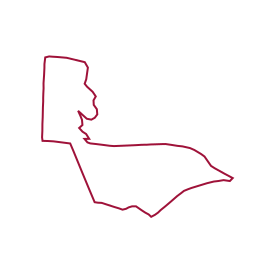 the district of Balneário Pinhal, Rio Grande do Sul, Brazil, rotated 163°
{"feature_id": "56859067B35823111888461", "entity_name": "Balneário Pinhal", "entity_type": "district", "adm_level": 2, "iso_a3": "BRA", "parent_name": "Brazil", "parent_adm1": "Rio Grande do Sul", "projection": "robinson", "projection_center": [-50.295, -30.225], "detail": "fine", "context": "isolated", "style": "outline", "palette": "rose", "viewbox_px": 256, "rotation_deg": 163, "n_neighbors": 0, "source": "geoboundaries", "source_scale": "gbopen_adm2", "svg_char_len": 1415}
<svg xmlns="http://www.w3.org/2000/svg" viewBox="0 0 256 256"><g transform="rotate(163 128 128)"><path d="M213.5,140.7L208.2,138.9L203.1,137.0L187.8,130.1L187.0,122.6L186.4,116.2L185.7,108.6L184.8,98.9L184.2,92.7L183.1,81.4L181.6,66.8L178.7,65.4L175.1,64.1L164.2,56.5L160.3,53.9L157.1,51.5L153.4,51.3L150.6,51.9L147.1,51.9L143.3,50.8L138.8,45.1L136.2,42.0L133.5,39.3L131.8,36.3L127.6,37.1L124.0,38.3L120.7,40.0L115.7,42.0L109.2,44.8L104.7,46.8L100.7,48.6L96.2,50.2L92.9,51.5L88.5,51.9L84.8,52.1L81.1,52.1L73.5,52.1L68.7,52.1L65.0,51.9L61.5,51.7L57.2,50.9L51.8,50.2L46.1,47.5L42.5,49.5L48.9,55.9L56.8,64.1L59.7,67.5L63.2,78.4L65.6,81.6L71.0,87.6L74.6,90.7L81.3,94.5L86.0,96.5L91.5,99.2L96.8,101.7L100.3,102.7L107.0,104.5L111.0,105.6L115.3,106.6L119.3,107.8L126.3,109.5L146.7,114.8L150.8,116.4L156.5,119.0L163.0,121.9L168.6,124.3L171.0,126.1L172.8,130.3L168.3,129.0L169.8,134.5L172.6,137.8L174.7,142.3L170.7,144.2L169.6,149.3L170.0,153.9L170.7,159.0L166.9,152.6L164.7,148.9L160.6,146.7L156.8,147.5L153.4,150.0L152.3,155.1L154.0,160.1L152.9,164.5L149.6,167.6L151.2,172.9L155.1,179.5L156.5,183.0L153.7,186.8L148.7,197.5L150.1,203.6L166.2,213.1L174.9,216.6L179.2,218.2L182.5,219.5L186.5,219.7L189.2,213.6L190.4,209.8L192.8,203.1L195.7,195.5L197.2,190.4L198.8,186.0L200.3,181.6L201.3,178.3L203.3,172.7L206.5,163.0L208.7,156.8L210.7,150.4L212.9,144.2L213.5,140.7Z" fill="none" stroke="#9f1239" stroke-width="2"/></g></svg>